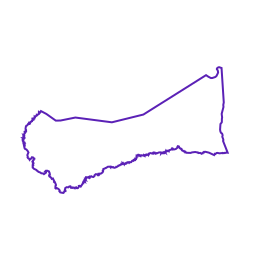 Mbadjini Est, Andjazîdja, Comoros, rotated 99°
{"feature_id": "10938185B84550121750878", "entity_name": "Mbadjini Est", "entity_type": "district", "adm_level": 2, "iso_a3": "COM", "parent_name": "Comoros", "parent_adm1": "Andjazîdja", "projection": "mercator", "projection_center": [43.472, -11.838], "detail": "fine", "context": "isolated", "style": "outline", "palette": "violet", "viewbox_px": 256, "rotation_deg": 99, "n_neighbors": 0, "source": "geoboundaries", "source_scale": "gbopen_adm2", "svg_char_len": 5964}
<svg xmlns="http://www.w3.org/2000/svg" viewBox="0 0 256 256"><g transform="rotate(99 128 128)"><path d="M63.6,59.2L112.3,114.9L124.9,144.8L125.9,181.6L131.2,195.9L132.0,200.5L126.9,210.8L124.9,216.6L126.6,217.2L127.0,217.7L126.6,218.1L127.1,218.1L126.9,218.4L127.6,218.3L128.5,218.8L129.8,219.9L129.6,220.2L130.2,220.2L130.9,221.3L131.7,221.4L131.8,221.7L131.6,222.0L132.4,221.9L133.0,222.2L133.2,222.7L133.6,222.1L133.8,222.3L133.7,222.9L134.4,222.8L134.3,223.4L134.8,223.1L135.0,223.5L135.2,223.4L135.6,223.8L136.1,223.8L136.1,224.2L137.0,224.6L137.1,225.1L138.1,225.9L138.3,225.8L138.3,226.4L138.9,226.2L139.2,226.8L139.6,226.4L139.8,227.1L141.5,228.3L141.7,228.8L142.6,229.1L144.6,229.1L145.2,229.0L145.8,228.4L146.8,228.2L147.0,228.8L147.8,229.2L147.9,229.5L148.2,229.4L148.3,228.9L148.5,229.1L148.8,229.0L148.9,229.3L149.9,229.3L150.7,230.0L151.0,229.8L151.0,230.1L151.3,229.8L152.0,230.0L152.6,229.4L152.9,229.5L153.4,228.8L154.0,228.6L154.6,229.4L154.0,229.9L154.7,229.8L154.7,230.2L155.1,229.7L155.3,230.1L156.1,230.3L156.9,230.0L156.6,229.4L158.0,229.2L158.4,228.5L158.4,228.0L158.7,227.8L158.7,228.5L158.2,229.6L158.6,229.1L159.8,228.8L160.7,228.2L161.4,228.1L161.9,227.7L160.7,227.8L160.8,227.5L161.3,227.6L161.7,227.2L162.7,227.6L163.0,227.3L163.4,227.3L164.3,226.9L164.8,226.3L165.1,225.0L166.4,223.5L167.7,222.5L170.5,223.2L172.0,222.5L172.7,222.6L173.5,221.9L173.6,221.2L174.8,220.2L174.1,219.9L173.8,219.3L173.3,218.9L171.9,218.3L172.0,217.0L172.6,216.6L172.8,215.7L173.1,215.6L173.6,216.2L174.0,216.4L174.4,216.2L175.1,216.7L175.9,216.6L175.9,217.1L176.1,217.2L177.1,216.6L177.5,215.8L178.0,215.8L178.7,216.4L179.6,215.8L180.0,216.3L181.7,216.0L181.7,215.7L182.3,215.5L183.0,214.5L183.8,211.8L184.3,211.5L184.7,210.4L185.3,209.7L185.7,207.6L186.3,206.6L186.2,204.5L186.7,203.8L184.9,202.0L184.4,202.0L184.0,202.3L183.9,203.0L183.1,202.5L182.8,201.0L183.3,199.2L183.8,199.1L184.3,198.6L186.0,197.9L187.0,198.6L187.9,198.2L188.0,197.6L188.3,197.7L189.0,196.3L190.2,195.3L189.6,194.3L192.1,192.5L192.8,192.7L193.0,192.5L192.9,191.8L195.1,190.4L195.8,190.2L196.6,190.6L198.8,190.3L199.1,189.7L198.4,189.1L199.1,187.1L200.3,185.7L201.2,185.9L202.2,184.8L202.3,181.8L201.9,181.4L201.6,181.5L200.7,180.8L200.3,180.8L200.1,179.9L199.4,180.0L198.9,180.7L197.0,180.5L196.0,179.2L196.0,177.7L194.9,176.8L194.6,175.7L194.9,175.4L195.3,175.5L196.0,175.0L195.9,173.6L195.3,173.2L195.5,171.8L195.9,171.6L195.9,171.2L195.3,171.3L194.7,169.8L195.4,169.3L195.4,168.6L195.2,168.1L194.1,167.5L193.6,167.3L192.9,167.5L192.7,167.1L192.8,166.1L193.2,165.5L190.4,164.2L188.0,163.7L187.9,163.4L188.2,163.2L187.6,163.1L187.8,162.5L187.2,162.9L187.0,162.3L186.3,162.4L186.3,161.8L185.9,162.3L185.7,161.6L185.2,161.6L185.2,162.1L184.8,162.1L184.5,162.4L184.3,162.0L184.0,162.1L183.1,161.8L183.2,160.6L182.9,160.0L183.3,159.6L183.1,159.0L183.4,158.5L182.9,158.3L182.2,158.7L181.9,158.3L182.2,157.9L181.9,157.9L181.4,156.6L181.8,156.1L181.8,154.5L180.7,153.6L180.0,153.7L178.7,152.7L178.5,150.7L178.8,151.0L179.4,150.4L179.3,149.6L178.6,149.1L177.7,149.6L177.2,147.5L175.9,146.2L174.8,145.8L174.5,145.9L174.4,146.2L173.9,146.3L173.3,145.8L172.3,145.9L171.7,144.7L171.0,143.9L171.0,143.6L169.4,141.8L169.0,139.8L169.5,139.2L169.1,139.2L168.8,138.9L169.0,137.8L169.2,137.6L169.0,136.6L169.3,136.5L169.4,135.1L168.8,133.9L168.2,133.6L168.3,133.2L167.9,132.6L167.2,131.9L166.9,131.8L166.9,131.5L166.2,130.9L166.2,130.4L165.8,130.2L165.4,129.4L164.7,129.1L165.0,128.7L164.8,128.4L164.3,128.6L164.2,127.7L163.8,127.8L164.1,127.4L163.6,127.2L163.9,126.9L163.9,126.2L164.2,126.0L163.8,125.9L163.8,125.4L163.3,125.1L163.7,124.6L163.4,124.2L163.1,124.6L163.2,124.0L162.0,123.4L161.7,122.2L162.3,121.5L161.5,121.0L161.6,120.7L161.2,119.5L159.8,118.8L159.5,118.3L159.6,117.7L158.5,117.4L158.3,116.8L158.8,116.2L158.7,116.0L157.7,116.1L157.8,115.5L157.6,115.2L157.2,115.2L156.8,115.5L156.7,115.0L155.6,114.7L154.9,114.8L154.6,115.2L154.0,115.1L153.8,114.7L153.6,114.9L153.3,114.2L152.8,113.8L152.8,113.2L153.7,112.7L153.2,112.3L153.5,111.7L153.1,111.8L153.2,111.3L152.9,110.9L153.1,110.4L152.8,110.1L152.8,109.5L152.9,108.0L152.4,108.0L152.9,107.2L152.2,107.2L152.2,106.5L151.7,106.5L151.3,105.7L151.5,105.4L151.8,105.4L151.6,104.9L151.2,104.9L151.2,104.6L151.1,104.0L151.6,103.6L150.9,103.3L150.6,103.7L150.2,103.5L150.1,103.2L149.9,103.2L149.6,102.7L149.2,101.6L149.5,100.1L149.2,99.8L149.3,99.4L148.5,99.4L148.2,99.1L148.1,98.0L148.8,97.9L148.7,97.5L148.9,97.6L149.0,97.1L148.8,97.1L148.8,96.2L148.4,95.3L147.4,93.8L147.0,92.4L147.0,91.9L147.6,91.9L147.0,91.7L147.0,91.2L147.7,91.2L147.4,91.0L147.3,90.5L147.5,90.2L147.3,90.0L147.4,89.4L146.5,89.2L147.0,88.2L146.1,87.9L146.3,87.5L146.0,87.7L145.8,87.2L144.9,87.0L145.2,86.8L144.8,86.5L145.0,86.2L144.5,85.9L144.7,85.6L144.3,85.1L144.4,84.9L144.1,84.5L144.5,84.0L143.5,83.8L142.4,81.7L141.6,81.4L141.9,80.9L141.2,80.9L141.3,80.5L141.9,79.9L142.0,79.4L141.8,78.6L141.1,77.3L139.8,76.2L138.6,76.2L138.1,75.9L138.3,74.8L139.4,74.2L139.9,73.7L139.9,73.1L140.2,72.8L140.1,72.4L140.5,71.7L141.0,71.7L141.6,71.2L141.6,70.7L141.9,70.5L142.0,69.8L142.4,69.3L142.4,68.5L142.7,68.2L142.4,68.1L142.9,67.6L142.7,67.3L143.2,66.9L143.3,66.2L142.8,62.2L142.1,61.0L141.2,57.9L141.3,55.3L141.5,55.0L141.3,54.9L141.6,54.0L141.3,52.7L141.9,51.4L141.5,51.1L141.4,50.3L140.6,50.1L140.5,49.8L140.4,49.9L139.7,49.3L139.4,47.7L139.7,44.2L141.1,39.3L141.0,39.1L141.2,38.7L140.7,38.5L140.3,37.9L139.9,38.0L139.9,37.6L138.8,36.5L138.6,35.8L138.7,33.6L138.1,31.5L138.1,30.6L137.8,30.5L137.8,29.2L137.4,28.6L137.5,28.2L137.0,27.3L136.8,25.7L125.9,32.1L125.0,31.9L123.8,32.4L121.9,33.5L120.5,33.4L119.7,33.7L118.8,34.2L118.2,35.4L117.0,36.2L115.2,36.8L109.6,37.3L107.8,36.3L107.1,36.3L104.3,36.7L102.8,36.7L99.4,37.7L92.3,37.0L90.3,37.5L87.8,37.4L54.1,45.0L53.7,47.4L53.9,48.1L54.5,48.9L55.2,49.4L55.7,49.5L56.1,49.4L57.0,48.4L59.0,47.7L60.1,47.9L62.9,48.8L64.0,49.8L65.4,52.5L65.7,53.9L64.8,56.6L63.6,59.2Z" fill="none" stroke="#5b21b6" stroke-width="2"/></g></svg>